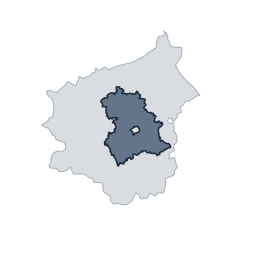 where Minsk sits in Belarus, rotated 149°
{"feature_id": "BLR-2345", "entity_name": "Minsk", "entity_type": "Region", "adm_level": 1, "iso_a3": "BLR", "parent_name": "Belarus", "parent_adm1": "", "projection": "albers", "projection_center": [27.803, 53.681], "detail": "fine", "context": "in_parent", "style": "filled", "palette": "slate", "viewbox_px": 256, "rotation_deg": 149, "n_neighbors": 0, "source": "natural_earth", "source_scale": "10m", "svg_char_len": 9395}
<svg xmlns="http://www.w3.org/2000/svg" viewBox="0 0 256 256"><g transform="rotate(149 128 128)"><path d="M200.3,175.1L196.8,175.1L192.5,175.4L190.2,177.2L187.6,176.5L185.8,177.5L181.8,182.3L180.3,184.8L178.8,188.6L178.0,191.5L178.6,193.4L179.4,195.2L179.7,197.2L180.2,198.7L179.1,199.9L178.6,201.5L176.8,201.3L174.5,199.8L174.0,197.6L172.2,196.1L171.1,195.3L169.3,195.2L166.4,196.1L162.5,196.7L159.6,197.0L158.1,197.8L155.8,198.6L154.9,197.7L153.5,195.2L152.4,192.7L151.7,191.6L151.0,191.3L150.2,191.4L149.4,192.2L148.7,193.0L146.3,194.0L145.2,194.9L144.1,197.3L143.3,197.1L142.5,196.6L141.6,194.0L140.3,193.4L138.3,193.4L135.8,192.9L133.7,192.1L133.0,192.3L131.8,193.4L130.5,193.6L127.6,192.6L127.0,193.0L125.4,195.9L124.6,196.0L124.2,195.7L124.4,193.2L122.7,192.3L119.9,192.1L118.0,192.5L117.0,192.4L116.5,191.9L114.1,187.7L112.9,187.4L110.6,187.6L107.2,187.0L103.4,186.0L101.2,185.6L100.2,184.7L97.8,184.3L91.4,182.4L88.8,182.0L85.0,181.9L79.1,181.3L75.4,181.3L73.6,181.9L71.6,182.1L64.6,182.3L62.1,182.7L61.4,183.5L60.4,185.4L57.4,188.6L54.5,190.7L54.0,190.8L52.4,189.6L51.1,189.1L49.5,188.9L48.3,189.2L47.6,189.7L47.5,192.3L47.3,192.5L46.3,189.4L46.5,186.6L47.3,185.1L48.2,183.7L48.0,181.5L49.0,178.8L49.2,176.7L48.8,175.8L48.3,174.8L46.5,173.5L45.8,172.6L43.4,171.3L41.1,169.7L40.7,168.7L40.9,168.1L41.4,167.2L43.4,164.6L45.5,162.1L46.9,161.1L53.8,158.1L54.9,156.9L55.3,154.9L55.4,150.8L55.2,147.1L54.8,144.5L53.8,139.6L50.9,129.5L49.5,119.1L50.8,119.7L53.9,120.2L56.4,119.6L57.7,119.6L58.8,119.8L62.1,119.4L62.9,120.4L64.3,121.3L67.2,120.3L69.8,118.9L72.4,119.2L72.9,118.5L73.7,114.9L74.5,114.1L77.6,114.6L78.8,114.0L80.0,112.2L81.9,111.2L83.5,111.2L85.1,110.0L85.9,110.9L86.2,112.4L85.6,113.6L85.9,114.1L86.9,114.7L88.9,114.7L90.1,114.3L90.4,113.6L90.4,112.3L90.2,111.2L89.4,110.1L87.9,109.6L86.8,109.5L86.7,108.9L87.1,107.5L88.1,105.0L89.3,102.8L90.0,101.9L90.2,101.1L90.1,99.8L90.1,97.3L91.2,93.8L92.7,91.2L94.5,90.4L96.8,90.0L98.2,88.8L99.0,87.4L99.6,85.2L100.4,84.7L105.7,85.1L106.6,82.9L107.0,82.3L108.1,81.6L108.8,80.8L108.5,80.2L107.2,79.8L104.0,79.4L103.3,78.6L103.6,77.8L104.5,75.5L105.3,72.5L105.8,70.2L105.9,68.8L106.3,68.5L108.9,68.1L109.8,67.6L112.1,64.5L113.8,64.0L118.1,64.9L120.1,64.8L122.7,65.0L122.9,64.7L123.8,61.6L128.1,56.6L130.4,54.9L131.9,54.5L132.4,54.6L134.7,57.2L135.2,57.3L136.8,56.2L139.4,56.1L140.7,57.0L142.5,60.2L143.4,60.6L146.0,58.7L147.4,58.1L148.3,58.1L153.3,60.5L153.6,61.3L153.7,62.2L153.0,65.2L154.1,67.0L155.3,68.2L157.7,66.1L158.7,65.5L159.7,65.4L161.0,64.7L162.0,63.5L162.9,63.1L164.7,63.3L167.9,62.9L171.8,64.6L172.2,65.1L174.1,67.1L174.8,68.1L175.5,68.4L176.5,69.4L177.9,69.9L178.9,69.7L179.3,70.0L179.8,70.8L179.9,72.2L179.9,76.0L178.6,78.1L178.5,78.8L178.6,79.7L179.7,81.3L181.2,83.9L181.6,85.4L181.7,86.5L179.9,89.9L179.3,90.7L178.9,92.4L178.8,94.0L178.9,94.7L182.3,97.2L184.7,98.5L185.3,99.2L185.4,99.7L184.2,102.6L184.2,103.3L186.1,104.4L187.3,106.2L188.4,109.2L190.4,112.0L197.5,115.9L198.2,116.6L198.4,117.5L198.3,119.5L197.3,123.4L198.5,123.9L201.5,123.5L205.3,123.8L209.9,126.2L210.0,127.4L209.6,128.5L210.0,129.6L210.6,130.6L214.6,133.3L215.1,134.1L215.3,135.6L215.2,136.6L214.2,136.9L213.0,137.5L211.1,138.9L210.4,140.8L207.4,143.5L205.5,144.7L203.9,144.9L200.2,144.6L198.8,143.4L198.2,142.3L196.7,141.9L194.8,142.0L192.2,142.3L191.7,142.7L191.3,144.1L190.3,146.5L189.6,147.9L193.2,152.4L194.9,154.2L195.6,155.4L195.6,156.2L194.8,157.3L195.0,159.2L196.8,161.8L196.3,162.2L196.3,165.5L196.5,168.9L197.0,169.7L197.9,170.3L198.7,171.6L200.2,174.4L200.3,175.1Z" fill="#d9dde1" stroke="#a8b0b8" stroke-width="1"/><path d="M114.4,89.1L115.8,89.5L116.8,89.3L117.1,89.4L117.5,89.9L116.9,91.0L117.4,91.4L117.9,92.1L118.1,93.0L119.8,93.1L120.2,93.8L121.7,95.0L121.6,95.9L121.6,96.0L123.4,96.3L124.3,96.9L124.6,97.3L124.3,98.2L124.4,98.3L124.7,98.8L124.9,99.2L125.4,99.8L125.7,100.2L126.7,100.5L127.2,100.5L127.6,100.0L127.9,100.0L128.2,100.1L128.3,100.8L128.4,101.0L130.6,100.3L131.7,100.5L132.6,100.0L134.0,99.9L134.5,100.3L135.1,101.2L135.9,101.8L136.1,102.4L136.9,102.8L137.3,102.9L137.5,102.7L138.5,100.0L139.9,99.5L140.1,99.5L140.4,100.2L140.7,100.1L141.2,99.5L141.4,99.7L141.7,100.2L141.4,100.9L141.4,101.2L141.5,101.6L141.7,101.8L142.8,102.2L143.4,101.8L144.3,101.9L144.5,102.0L144.6,102.5L144.8,102.6L145.3,102.4L145.6,102.0L145.5,101.8L145.2,101.2L145.3,100.7L148.3,100.9L148.8,100.7L149.2,100.0L149.9,99.6L150.1,99.7L149.8,100.0L150.0,100.2L150.2,100.3L151.0,99.9L151.3,100.0L151.5,100.7L151.5,101.5L152.3,101.7L152.9,101.9L153.9,101.3L155.2,101.6L155.5,101.3L155.5,100.5L155.9,100.6L156.1,100.8L156.2,101.7L155.3,102.7L155.6,103.3L155.6,103.5L155.1,104.5L154.9,107.0L154.8,107.6L154.2,108.7L154.9,109.7L155.0,110.0L154.8,110.3L154.1,111.0L154.1,111.9L154.3,112.4L154.6,112.4L155.1,112.2L155.2,112.6L155.7,112.8L155.8,113.4L156.0,113.6L155.4,114.1L155.4,116.0L155.1,116.2L155.0,116.4L155.3,117.0L155.3,117.4L154.7,118.4L154.1,118.8L153.9,119.3L153.9,119.6L154.3,120.2L154.3,120.7L154.3,121.8L154.5,122.1L154.3,122.6L154.3,122.8L154.8,123.1L154.3,123.9L154.5,124.0L155.0,123.7L155.1,123.9L155.1,124.2L154.4,124.7L155.0,124.8L155.3,125.1L155.9,125.0L156.2,125.3L156.6,125.4L156.5,125.7L156.1,126.2L155.3,126.6L155.2,126.8L155.2,127.0L155.8,127.2L155.7,127.4L155.3,127.7L155.1,128.2L155.0,128.3L154.8,128.2L154.5,127.8L154.2,127.9L153.2,129.0L151.8,129.8L151.3,129.8L150.9,129.5L150.3,129.3L149.9,129.5L149.2,130.3L149.1,130.6L149.4,131.4L149.2,131.8L148.9,132.0L147.1,132.2L147.2,133.2L147.3,133.9L147.2,134.0L146.5,134.0L146.2,133.8L145.6,132.8L145.8,132.1L145.7,131.9L145.2,132.2L144.8,131.7L144.4,131.7L144.0,132.0L142.4,131.7L141.4,131.2L141.2,131.2L140.9,131.6L141.1,132.5L141.0,132.8L140.7,133.1L140.0,133.3L140.4,133.5L140.5,133.7L139.7,134.1L139.3,134.4L138.3,134.3L137.8,134.9L137.4,135.7L137.4,136.8L137.4,137.9L137.2,138.2L136.7,138.8L136.7,139.1L136.9,139.4L138.0,139.8L138.4,140.6L138.3,140.9L137.1,141.2L136.8,141.7L136.6,141.7L134.5,141.6L134.1,141.8L133.4,141.0L132.9,140.7L132.3,140.8L131.7,141.2L132.3,142.7L133.6,143.1L134.3,144.0L135.1,144.2L135.9,144.6L136.3,143.8L137.0,143.9L137.3,144.4L137.5,145.2L137.8,145.7L138.5,145.6L139.1,145.2L139.5,145.2L139.6,145.3L139.4,145.8L139.9,147.1L139.7,148.5L140.0,149.4L139.1,149.4L138.8,150.3L138.4,151.0L138.5,151.2L139.1,151.6L139.1,152.1L138.4,152.9L138.1,154.1L137.7,154.8L135.5,157.0L135.9,157.4L137.7,158.5L138.8,159.5L138.4,159.9L138.6,160.2L138.5,160.3L137.7,161.0L137.6,162.5L137.7,164.0L137.7,164.5L136.5,165.6L132.4,166.0L131.7,164.9L130.0,164.5L129.7,164.6L129.4,164.9L129.4,165.1L129.6,165.6L129.6,166.3L129.1,166.7L126.8,167.0L126.2,166.9L124.8,166.9L123.6,166.4L122.9,165.8L122.8,165.5L122.8,164.3L122.8,164.1L122.4,164.2L122.1,164.8L121.6,163.9L120.0,165.0L119.8,164.5L119.3,164.5L119.0,164.7L118.7,165.6L118.0,165.7L117.9,165.9L117.9,166.4L118.1,167.1L117.9,167.6L116.7,169.2L114.1,167.5L114.6,166.7L114.6,166.4L114.5,166.0L112.8,164.4L112.5,163.8L112.8,163.5L112.9,163.2L112.5,162.6L112.6,162.0L112.7,161.8L115.2,161.6L115.3,161.2L115.3,160.7L114.9,160.0L114.7,159.9L113.7,159.9L112.9,159.6L112.2,158.5L112.2,158.2L112.3,157.9L112.3,157.6L111.6,157.1L111.4,157.2L111.1,157.6L110.8,157.7L110.0,157.3L108.0,156.5L106.9,154.8L106.7,154.7L106.1,154.9L105.6,154.8L105.5,154.6L105.4,154.1L105.3,153.8L104.3,153.2L103.5,153.3L103.2,154.3L102.4,154.3L101.7,154.9L101.0,153.9L101.0,153.7L101.6,153.2L101.4,152.0L100.6,150.6L100.5,150.3L100.4,149.9L100.9,149.5L101.2,148.7L101.5,148.3L102.0,148.1L103.0,148.2L103.1,147.7L102.8,147.0L102.2,146.3L100.7,146.1L100.4,145.9L100.2,145.7L100.2,145.2L99.8,144.9L99.7,144.4L99.0,144.3L98.7,144.1L98.6,143.9L99.2,142.8L99.6,142.3L99.9,142.1L100.7,142.1L101.0,141.8L101.1,140.9L100.6,140.0L100.7,138.6L104.2,137.4L103.9,136.9L103.8,136.3L103.9,134.9L103.9,134.6L103.7,134.4L102.9,134.4L103.0,133.9L103.2,133.4L103.3,132.9L102.8,131.8L102.7,130.9L102.4,130.5L101.7,130.1L100.5,129.7L100.3,129.3L100.3,128.3L99.5,128.1L98.9,127.6L98.8,127.3L98.9,126.1L99.5,125.9L99.8,125.4L98.5,124.7L98.1,124.4L98.1,124.2L98.2,123.5L98.4,123.2L100.3,122.4L100.6,122.1L101.1,121.0L101.9,120.8L102.1,120.3L102.1,119.4L102.0,119.2L101.0,119.2L100.8,118.8L100.6,117.8L100.4,117.6L99.5,117.5L99.4,117.6L99.4,118.0L99.2,118.1L97.9,118.1L97.6,117.6L97.5,117.2L97.6,115.9L97.7,115.3L97.1,114.9L96.9,115.0L96.7,115.6L96.0,115.3L95.9,115.2L95.9,114.9L96.1,114.2L96.5,113.2L97.3,113.2L98.4,112.3L98.7,112.2L99.8,112.4L101.8,112.0L102.9,110.9L103.5,109.8L104.9,106.2L105.5,105.5L105.6,104.4L105.3,103.8L105.1,102.9L105.3,102.8L106.1,103.3L106.2,103.1L106.3,102.1L106.7,102.0L106.9,101.7L106.7,101.0L106.8,100.2L106.0,100.4L105.3,100.1L105.2,99.9L105.1,99.5L104.4,98.0L104.4,97.7L104.5,97.1L104.4,96.6L103.8,96.2L102.5,94.3L101.7,94.1L101.1,93.4L101.0,93.1L101.0,92.0L100.6,91.2L101.5,90.5L101.5,90.3L101.5,90.0L101.5,89.7L101.8,89.5L103.0,90.1L104.5,90.1L105.1,90.5L105.5,90.4L105.9,90.0L107.0,90.0L107.3,90.1L107.7,90.7L107.9,90.8L108.3,90.7L109.0,90.2L110.8,89.9L111.0,90.0L111.5,90.6L112.3,90.7L113.9,90.6L113.9,90.4L113.8,89.6L114.4,89.1ZM125.8,125.5L126.6,125.4L127.0,124.6L126.9,123.8L126.3,123.4L126.1,122.4L126.2,121.6L126.6,120.7L127.2,120.1L127.1,119.1L126.6,118.9L125.7,119.7L124.9,119.9L124.5,119.9L123.0,119.4L121.2,119.1L120.1,119.3L119.5,119.6L119.1,120.6L118.8,122.8L118.8,123.7L119.0,124.5L119.8,124.7L121.4,125.3L121.7,126.0L122.1,126.1L122.6,125.5L124.5,125.3L125.8,125.5Z" fill="#64748b" stroke="#1e293b" stroke-width="1.5"/></g></svg>